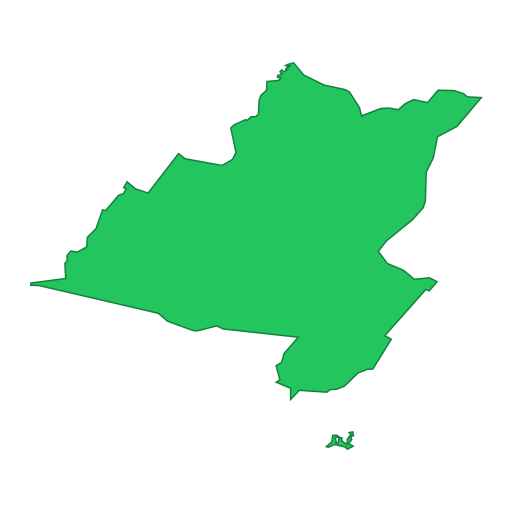 the district of Galway City Central Lea-6, Galway, Ireland
{"feature_id": "5873133B36266904868513", "entity_name": "Galway City Central Lea-6", "entity_type": "district", "adm_level": 2, "iso_a3": "IRL", "parent_name": "Ireland", "parent_adm1": "Galway", "projection": "equal_earth", "projection_center": [-9.064, 53.286], "detail": "fine", "context": "isolated", "style": "filled", "palette": "green", "viewbox_px": 512, "rotation_deg": 0, "n_neighbors": 0, "source": "geoboundaries", "source_scale": "gbopen_adm2", "svg_char_len": 1747}
<svg xmlns="http://www.w3.org/2000/svg" viewBox="0 0 512 512"><path d="M481.3,97.6L467.4,96.9L463.7,93.8L454.3,90.6L438.0,90.2L427.6,102.6L413.7,99.6L405.7,103.4L398.2,109.7L388.6,108.0L380.4,108.6L361.5,115.9L359.5,107.7L349.6,92.2L345.7,89.8L323.9,85.0L303.7,75.0L293.6,62.8L287.9,64.4L285.9,65.4L290.2,65.9L288.4,67.4L287.6,66.4L285.8,69.1L287.3,69.9L283.9,71.7L281.6,69.9L280.0,71.8L282.1,74.0L277.6,75.7L277.5,77.4L280.9,77.7L278.7,80.4L267.0,81.5L266.6,90.2L260.9,95.4L259.1,100.4L258.5,114.0L255.6,116.7L251.1,116.7L247.3,120.5L245.7,119.6L234.5,124.6L230.8,127.9L236.0,152.7L232.4,159.5L221.9,165.5L185.0,158.7L178.6,153.6L148.1,193.0L135.6,189.0L127.1,181.8L123.7,187.7L126.2,188.8L123.5,193.6L118.6,195.3L105.6,210.6L102.6,209.8L96.0,228.7L87.4,237.3L86.7,247.0L77.0,252.2L70.8,251.0L67.0,255.6L67.2,260.8L64.9,263.3L65.7,278.5L31.0,283.0L30.7,285.3L38.8,285.5L158.3,313.3L167.5,321.2L193.2,330.6L197.8,330.8L216.5,325.9L223.4,329.0L298.2,337.2L284.0,353.7L281.6,362.4L276.1,365.7L279.9,379.9L276.2,382.2L290.6,388.3L290.6,399.5L299.4,390.3L326.8,392.2L330.0,389.7L336.7,389.2L344.5,386.1L358.1,372.9L367.4,369.2L372.8,369.1L391.3,339.2L384.9,335.8L386.4,333.9L425.9,289.4L429.3,290.8L437.1,281.7L429.5,277.8L414.4,279.3L403.5,270.3L387.3,263.5L378.3,251.3L386.6,240.7L412.3,219.9L423.3,207.6L425.4,200.8L426.2,172.2L433.2,158.0L437.5,136.7L456.9,126.5L481.3,97.6ZM347.4,439.1L347.0,444.6L341.9,440.8L341.7,437.8L339.0,438.2L338.1,443.1L336.4,443.3L335.3,437.7L339.0,436.8L336.5,435.1L332.7,435.4L331.8,441.9L326.3,446.6L328.4,447.2L334.7,444.5L344.8,446.9L347.5,449.2L353.1,446.2L348.7,443.6L351.7,439.5L350.7,436.3L353.5,435.7L352.7,431.8L349.1,432.6L350.9,434.4L347.4,439.1Z" fill="#22c55e" stroke="#15803d" stroke-width="1.5"/></svg>